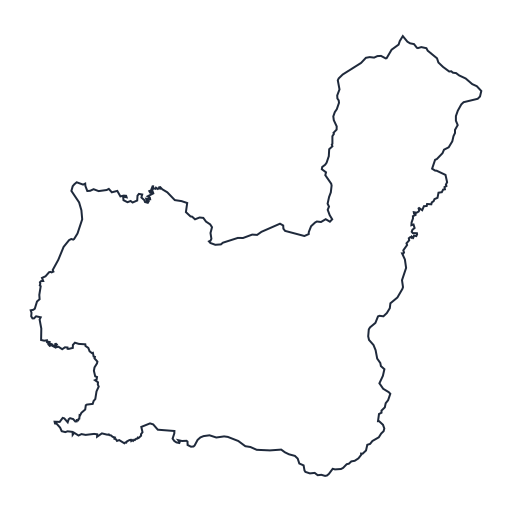 Maros, Sulawesi Selatan, Indonesia (orthographic projection)
{"feature_id": "22746128B73491405172020", "entity_name": "Maros", "entity_type": "district", "adm_level": 2, "iso_a3": "IDN", "parent_name": "Indonesia", "parent_adm1": "Sulawesi Selatan", "projection": "orthographic", "projection_center": [119.695, -4.965], "detail": "fine", "context": "isolated", "style": "outline", "palette": "slate", "viewbox_px": 512, "rotation_deg": 0, "n_neighbors": 0, "source": "geoboundaries", "source_scale": "gbopen_adm2", "svg_char_len": 5949}
<svg xmlns="http://www.w3.org/2000/svg" viewBox="0 0 512 512"><path d="M333.3,116.4L333.8,120.2L336.7,126.4L336.6,129.6L333.5,132.8L333.9,133.9L332.4,136.2L332.4,143.8L331.8,144.6L332.4,146.3L329.2,149.2L328.8,156.2L326.6,162.7L325.2,164.7L322.2,167.0L321.8,169.2L326.0,172.3L325.3,175.2L331.2,183.7L331.6,185.6L330.8,192.4L329.1,196.9L327.6,203.7L329.0,206.6L327.7,209.8L329.7,215.2L332.2,219.3L329.9,221.7L325.7,219.2L321.0,222.0L316.9,221.5L315.1,222.5L311.1,226.2L308.8,232.0L308.7,234.1L304.4,236.0L285.1,230.9L283.4,228.7L283.2,225.5L280.0,223.7L261.5,231.8L257.1,234.9L252.2,234.6L243.0,238.0L237.9,237.9L222.9,242.7L220.9,244.4L215.3,244.8L210.4,243.0L209.0,241.4L210.5,240.7L211.4,238.8L210.5,233.0L212.0,227.2L210.2,224.4L206.0,221.6L203.3,217.9L199.6,217.5L195.0,219.3L192.2,216.7L190.5,216.4L185.9,212.1L187.2,203.0L181.5,201.1L174.8,200.1L167.3,192.3L162.3,189.3L160.2,187.1L159.3,187.3L159.5,188.4L158.8,188.1L157.8,189.0L156.0,187.7L155.5,188.8L154.1,188.4L152.9,189.0L153.1,186.3L152.6,186.3L151.4,189.3L152.5,191.0L151.1,192.2L150.1,190.8L149.3,191.1L150.2,192.7L153.1,192.7L153.3,193.4L147.7,196.3L149.8,197.6L150.1,199.1L146.2,198.7L146.8,200.6L148.8,201.1L147.8,202.8L145.0,202.0L144.3,200.1L141.4,197.5L142.2,194.5L138.9,193.9L137.5,195.7L137.2,200.5L132.6,202.5L130.6,201.0L127.5,202.2L123.5,200.2L123.2,197.6L124.2,196.8L126.6,197.3L126.1,195.8L123.7,195.6L120.4,196.4L117.3,190.9L111.8,192.3L108.8,188.9L106.7,190.0L98.6,191.1L93.6,189.2L90.1,190.8L87.3,191.0L85.4,186.0L85.2,183.6L83.1,184.6L76.7,182.3L74.3,184.3L72.7,186.2L71.4,190.9L79.1,202.4L81.4,210.3L82.2,219.3L77.5,233.5L74.1,239.0L73.2,239.6L71.3,239.0L69.1,240.1L63.6,246.9L58.3,259.8L52.7,270.0L53.4,271.6L51.6,272.4L50.6,271.9L49.1,272.2L45.5,276.3L42.0,277.9L43.2,281.0L41.1,281.1L39.9,282.3L40.3,283.8L39.8,285.4L40.7,286.2L39.3,294.9L39.6,299.2L37.0,301.5L34.8,308.7L33.3,309.8L30.7,310.3L31.5,312.8L31.2,316.3L32.5,318.4L34.0,318.4L36.1,316.3L40.7,317.3L39.6,319.5L41.3,328.6L41.1,340.0L44.2,340.7L46.9,340.3L46.9,342.1L48.1,343.1L48.6,341.8L49.5,342.0L48.4,344.4L49.8,345.9L50.8,345.3L50.3,343.6L52.3,344.5L52.3,345.8L54.4,346.9L54.0,345.6L55.4,345.4L55.3,344.0L56.0,343.8L56.9,344.6L56.2,345.6L56.5,347.2L58.4,346.7L62.2,349.2L65.0,347.3L67.5,347.5L67.6,348.8L68.7,348.9L72.8,347.9L72.9,344.9L74.9,342.7L78.8,343.9L85.3,344.3L85.5,346.0L88.3,347.9L89.6,351.3L91.9,353.1L92.9,352.8L93.6,356.5L94.9,356.9L94.5,358.4L97.4,361.6L97.0,363.4L94.5,367.4L93.9,370.8L95.2,376.3L97.0,377.0L96.6,379.5L95.0,380.2L98.0,382.3L97.8,384.5L98.7,386.6L96.5,391.4L95.3,399.0L93.6,401.0L92.7,403.9L86.8,404.6L85.8,405.3L85.2,409.5L81.4,412.8L80.1,415.4L79.6,415.2L79.3,418.7L78.5,419.1L78.2,420.3L76.8,420.1L76.7,421.4L75.3,421.5L73.2,419.1L70.1,418.2L68.7,419.2L67.7,422.3L64.3,418.4L62.7,417.9L59.7,421.9L54.6,421.7L55.0,423.5L56.6,423.7L60.1,427.6L61.7,431.2L65.3,432.1L67.6,431.3L72.6,431.9L72.7,434.8L74.2,432.8L78.5,435.5L81.5,434.1L85.6,434.9L94.1,433.9L97.2,434.3L97.1,436.7L101.9,433.4L107.3,434.7L108.8,434.4L109.2,435.1L111.0,435.4L112.6,436.8L114.9,437.5L114.4,438.7L116.1,439.4L117.0,440.9L119.2,440.1L124.4,443.3L125.4,442.4L126.3,442.6L126.8,441.5L129.4,440.1L130.8,439.8L131.2,441.0L132.2,440.1L133.1,440.9L134.2,439.7L134.9,440.0L136.1,438.8L137.3,438.6L137.8,437.6L138.6,438.0L141.1,435.7L141.0,434.2L142.5,432.2L141.3,426.9L150.0,423.4L153.2,424.4L157.8,429.7L174.4,431.0L174.3,433.4L172.6,438.6L174.3,441.0L176.4,442.4L179.3,443.0L179.7,442.0L178.3,440.2L182.0,441.0L186.5,440.8L187.5,441.6L187.6,445.0L191.0,446.7L193.5,446.5L194.6,445.5L197.6,439.9L200.4,437.4L203.6,436.1L209.5,435.3L216.3,437.5L224.1,436.4L227.8,436.9L238.3,441.0L245.3,446.2L250.4,447.0L256.7,449.8L269.9,450.4L281.2,449.6L284.9,452.3L289.0,454.3L294.9,455.9L297.7,458.6L299.3,463.5L303.6,465.4L304.5,470.5L305.4,471.9L309.9,473.4L314.7,472.9L317.7,475.2L321.3,474.8L325.1,475.9L327.0,475.5L328.9,473.9L332.7,468.8L335.0,469.4L341.0,469.0L343.1,467.9L346.7,464.2L348.9,463.7L351.3,461.4L354.7,460.8L358.4,458.4L361.2,454.8L361.1,453.6L362.6,453.7L366.0,450.5L367.3,444.8L370.1,443.9L372.4,441.0L378.8,437.3L381.2,433.5L383.6,431.2L384.3,428.5L383.0,424.8L379.1,421.2L378.0,421.2L379.0,414.0L381.5,412.7L381.5,410.6L384.8,407.4L385.7,403.2L388.1,400.2L390.3,393.8L388.8,392.2L383.2,388.8L379.4,383.3L382.9,375.8L384.4,369.2L380.9,366.1L380.3,363.0L377.2,358.6L375.6,350.2L373.5,345.0L369.0,339.9L368.2,336.3L368.8,329.4L370.0,327.4L375.4,322.9L378.0,316.4L379.5,315.8L383.4,316.3L386.8,313.1L389.8,308.2L390.4,303.3L397.4,297.5L402.4,288.9L403.0,287.1L402.0,280.2L406.1,267.9L404.9,259.5L402.1,253.4L403.4,253.4L404.0,252.5L403.3,250.3L407.1,245.0L406.5,243.3L409.2,240.3L408.8,238.3L410.3,237.1L411.6,237.8L411.8,236.7L413.2,237.8L414.0,235.6L416.3,236.1L417.1,234.3L416.9,233.2L412.8,233.1L411.7,231.8L412.4,229.8L414.6,228.0L413.5,224.5L411.4,225.2L411.6,222.4L413.0,218.3L412.9,216.2L415.6,214.9L415.5,214.0L414.0,213.5L413.8,212.2L416.6,212.7L418.7,211.5L419.2,210.4L418.6,208.4L419.1,208.0L422.2,210.2L423.9,206.2L426.7,206.0L427.1,204.0L431.3,204.3L431.8,202.4L433.6,201.2L434.5,199.1L437.5,197.8L438.5,192.7L441.8,192.2L443.1,189.6L444.9,189.3L444.5,187.1L446.4,186.0L445.9,184.6L447.1,182.2L445.5,174.9L436.6,170.7L435.1,170.6L432.1,168.7L435.1,159.8L436.8,159.1L442.5,153.2L444.0,149.7L448.7,147.3L452.3,141.3L453.5,136.1L455.0,133.0L455.0,129.9L457.7,125.1L455.9,120.7L455.9,116.1L457.8,110.7L461.3,104.4L463.6,102.2L477.7,98.8L480.0,96.5L481.3,91.0L476.8,86.2L472.2,84.1L465.7,78.5L459.1,75.4L456.1,73.1L452.9,72.7L451.3,71.3L449.2,71.5L443.0,66.9L438.4,62.5L437.0,58.3L427.7,50.7L426.4,48.2L421.3,47.1L417.9,48.1L416.9,47.8L414.0,44.1L410.0,43.3L407.4,41.7L402.8,36.1L399.8,41.0L398.6,44.6L391.6,49.7L386.6,58.2L385.7,58.4L381.0,55.9L377.4,56.1L374.1,57.6L369.7,57.1L365.9,57.8L361.1,62.9L342.7,74.5L338.7,78.4L337.8,80.3L339.5,89.4L337.2,95.5L337.4,98.5L338.7,100.4L339.0,102.8L336.8,109.2L334.8,112.1L333.3,116.4Z" fill="none" stroke="#1e293b" stroke-width="2"/></svg>